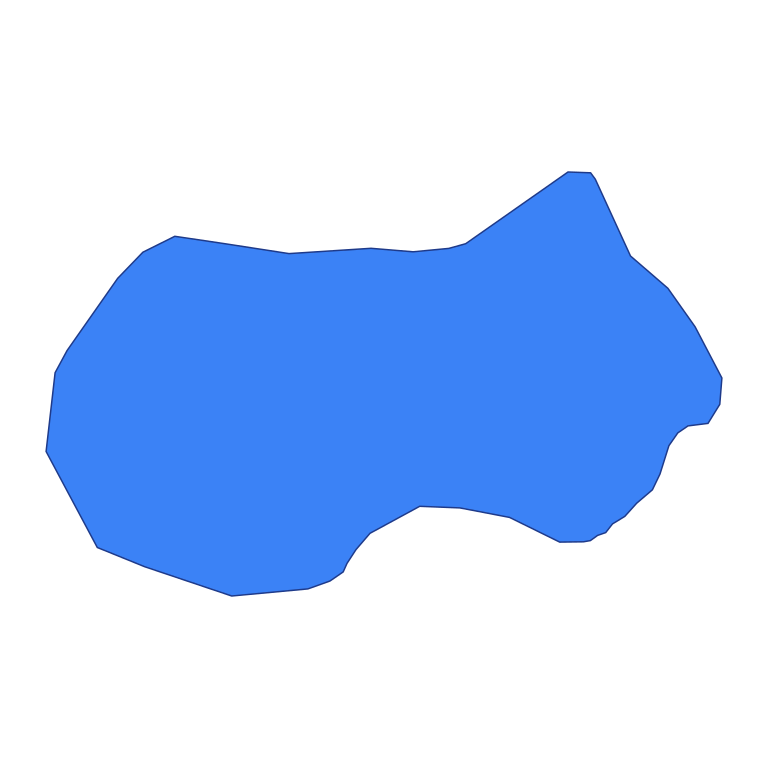 outline of Semic
{"feature_id": "SVN-984", "entity_name": "Semic", "entity_type": "Municipality", "adm_level": 1, "iso_a3": "SVN", "parent_name": "Slovenia", "parent_adm1": "", "projection": "orthographic", "projection_center": [15.185, 45.649], "detail": "fine", "context": "isolated", "style": "filled", "palette": "blue", "viewbox_px": 768, "rotation_deg": 0, "n_neighbors": 0, "source": "natural_earth", "source_scale": "10m", "svg_char_len": 692}
<svg xmlns="http://www.w3.org/2000/svg" viewBox="0 0 768 768"><path d="M413.0,251.8L448.8,248.4L465.7,243.7L568.0,172.0L590.6,172.8L595.3,179.2L630.5,256.0L667.9,288.3L695.1,326.8L721.9,378.0L719.8,404.3L708.0,423.4L688.0,425.9L677.8,432.9L668.9,445.7L660.0,474.0L652.4,489.8L636.7,503.2L624.8,516.4L612.5,523.9L605.7,532.6L597.6,535.4L590.4,540.6L583.5,541.8L559.7,542.1L509.5,517.4L459.8,507.9L419.7,506.3L370.0,533.3L356.0,549.6L347.0,563.4L343.2,571.9L330.0,581.0L307.9,588.9L231.7,596.0L144.6,566.7L97.3,547.5L46.1,451.5L55.1,372.7L67.1,350.5L117.7,278.3L142.9,252.2L174.8,236.3L224.8,243.7L289.0,253.6L371.0,248.3L413.0,251.8Z" fill="#3b82f6" stroke="#1e3a8a" stroke-width="1.5"/></svg>